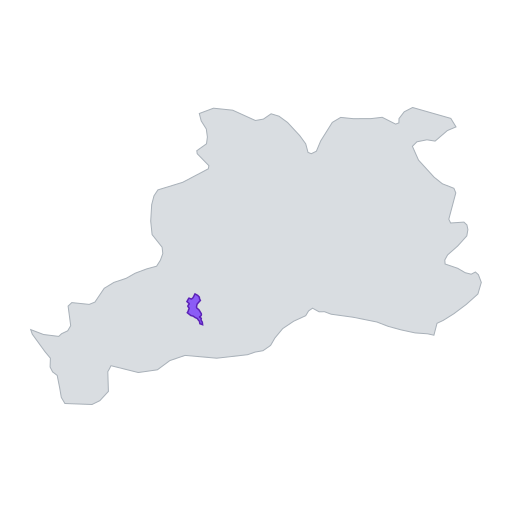 Zrece on a map of Slovenia (orthographic projection), rotated 180°
{"feature_id": "SVN-1007", "entity_name": "Zrece", "entity_type": "Municipality", "adm_level": 1, "iso_a3": "SVN", "parent_name": "Slovenia", "parent_adm1": "", "projection": "orthographic", "projection_center": [15.368, 46.408], "detail": "fine", "context": "in_parent", "style": "filled", "palette": "violet", "viewbox_px": 512, "rotation_deg": 180, "n_neighbors": 0, "source": "natural_earth", "source_scale": "10m", "svg_char_len": 2380}
<svg xmlns="http://www.w3.org/2000/svg" viewBox="0 0 512 512"><g transform="rotate(180 256 256)"><path d="M481.3,182.4L468.5,177.5L453.3,175.6L450.4,178.3L444.3,181.2L441.3,186.3L443.9,205.9L440.2,209.4L422.8,207.6L417.1,209.9L407.8,223.7L398.1,229.6L385.8,233.7L376.8,238.8L365.3,243.1L355.4,245.8L351.6,251.8L349.2,258.4L349.9,264.8L359.9,277.4L361.3,290.9L360.3,307.4L358.0,316.2L354.1,322.1L329.3,329.7L303.7,343.2L303.1,346.3L314.8,358.3L315.2,361.3L305.5,368.2L304.6,375.0L305.7,383.0L310.8,391.1L312.7,398.5L298.5,403.8L279.3,401.8L256.6,391.5L248.6,392.9L240.9,398.2L233.0,395.8L224.4,389.5L212.2,376.3L206.3,368.2L204.0,359.6L200.7,358.3L195.6,360.8L191.3,371.1L179.7,389.6L171.3,394.6L158.6,393.3L140.9,393.4L129.8,394.7L116.4,387.9L113.1,389.1L113.0,393.4L107.8,400.2L99.4,404.5L61.2,393.6L56.0,385.1L64.7,381.4L76.9,370.9L85.1,372.2L95.1,370.2L99.6,365.7L93.5,351.9L77.9,334.8L69.6,328.2L58.1,323.7L56.2,319.1L63.2,292.8L61.4,289.0L48.1,289.9L45.1,287.1L44.1,282.4L45.2,276.1L54.3,266.0L64.4,257.1L67.2,252.0L66.9,248.0L54.3,243.7L46.8,239.3L40.8,237.8L36.6,240.0L33.6,237.3L30.7,229.6L34.1,218.0L45.7,207.6L58.1,198.3L68.8,191.6L75.0,188.7L78.1,176.8L84.4,178.2L96.9,179.1L110.8,182.1L123.7,185.6L135.1,190.0L159.1,194.8L180.9,197.8L187.5,200.3L192.9,200.2L199.5,203.8L203.4,201.1L206.3,196.3L218.3,190.8L229.3,183.4L237.1,174.0L241.4,166.6L249.0,161.3L257.0,159.9L264.4,157.3L295.3,153.8L327.0,156.6L342.2,151.4L354.6,142.2L372.8,139.6L373.8,139.5L401.0,146.3L403.1,142.2L404.2,140.4L403.6,120.6L412.1,111.4L420.0,107.5L447.1,108.5L450.7,114.6L452.3,124.0L454.8,136.6L459.4,140.1L461.9,145.0L461.6,153.8L467.0,160.3L479.7,177.8L481.3,182.4Z" fill="#d9dde1" stroke="#a8b0b8" stroke-width="1"/><path d="M311.6,211.6L314.9,207.9L315.2,206.8L315.5,204.9L315.1,203.8L314.1,203.1L312.9,202.0L310.7,198.3L310.6,197.1L311.0,196.3L311.6,195.7L312.4,195.3L312.4,194.8L312.0,194.6L310.7,193.7L311.0,192.2L310.6,191.3L309.7,189.9L309.4,187.3L312.1,188.3L312.6,190.8L313.7,192.0L314.6,193.4L316.9,194.5L318.9,195.9L321.2,196.5L324.7,199.3L323.8,200.8L323.6,201.8L323.2,202.8L322.9,203.2L322.9,203.9L323.6,204.8L324.2,205.8L324.0,206.4L323.6,207.0L322.9,207.8L322.8,208.4L325.1,210.4L323.2,213.8L322.6,213.8L321.7,213.3L320.6,213.0L319.8,213.5L318.9,214.4L317.0,218.1L314.3,216.6L312.7,214.9L312.4,213.0L311.6,211.6Z" fill="#8b5cf6" stroke="#5b21b6" stroke-width="1.5"/></g></svg>